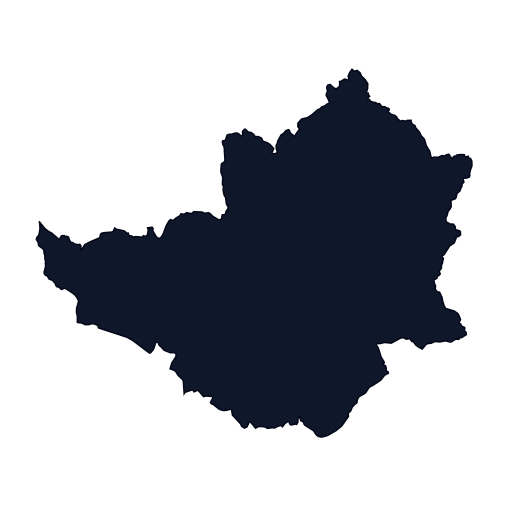 the district of Ba To, Quảng Ngãi, Vietnam, rotated 178°
{"feature_id": "81297802B2421652022296", "entity_name": "Ba To", "entity_type": "district", "adm_level": 2, "iso_a3": "VNM", "parent_name": "Vietnam", "parent_adm1": "Quảng Ngãi", "projection": "robinson", "projection_center": [108.67, 14.715], "detail": "fine", "context": "isolated", "style": "filled", "palette": "ink", "viewbox_px": 512, "rotation_deg": 178, "n_neighbors": 0, "source": "geoboundaries", "source_scale": "gbopen_adm2", "svg_char_len": 6004}
<svg xmlns="http://www.w3.org/2000/svg" viewBox="0 0 512 512"><g transform="rotate(178 256 256)"><path d="M465.9,290.7L471.6,298.2L471.1,296.6L470.9,291.1L471.8,286.2L472.4,284.4L474.2,282.4L475.0,280.4L473.1,276.8L472.9,274.0L468.2,270.1L467.8,268.8L467.7,266.1L467.1,264.3L467.0,260.2L466.4,257.6L466.8,256.3L466.6,252.9L468.3,247.5L468.2,245.7L467.2,244.2L465.3,243.3L463.4,240.0L460.3,238.9L457.6,235.4L456.9,233.2L455.7,232.0L453.6,231.7L452.5,229.9L451.3,229.4L448.1,230.6L441.2,225.8L438.4,223.5L436.6,221.0L434.8,217.3L437.1,210.0L437.4,206.0L436.6,202.0L436.9,196.1L436.2,195.6L432.7,195.2L429.4,193.4L425.7,193.2L422.6,194.1L419.8,193.7L416.7,192.2L415.7,189.5L387.8,179.3L382.3,176.0L365.9,162.7L364.9,162.8L362.5,165.3L361.2,167.4L359.5,172.4L359.0,173.2L358.0,173.6L357.1,173.3L355.7,169.9L354.0,168.5L351.1,165.0L344.9,162.3L341.1,162.2L339.8,161.6L339.3,160.3L339.4,158.5L343.8,152.1L345.8,146.3L341.6,144.5L340.4,143.5L338.0,139.4L333.6,135.0L333.0,133.2L332.6,120.9L331.7,122.2L324.0,124.6L322.7,122.4L319.8,123.6L318.3,123.5L313.3,117.3L310.6,117.8L304.8,117.1L304.2,116.7L304.0,115.7L306.6,111.5L306.2,110.2L303.8,109.0L298.1,104.1L294.3,102.7L291.1,102.8L287.0,103.7L285.8,103.3L285.1,97.8L277.2,88.7L276.4,86.4L273.7,84.4L271.0,85.5L269.1,89.2L267.7,90.9L262.5,83.9L260.3,85.1L258.1,85.5L253.2,85.0L250.5,83.3L246.1,83.8L243.3,83.5L240.7,84.8L237.1,85.8L235.5,84.4L232.9,87.6L229.8,89.5L228.8,89.1L228.1,86.8L227.2,86.0L224.8,86.1L223.3,86.7L221.2,86.3L219.9,88.7L219.7,92.2L218.4,94.2L216.9,89.8L214.5,88.6L213.7,86.0L212.8,85.0L204.5,79.3L202.4,75.7L200.3,73.6L196.8,72.7L191.0,74.0L182.1,78.7L176.3,83.1L169.2,92.4L169.4,95.6L166.8,97.8L165.2,101.4L162.6,104.2L160.4,105.6L159.6,109.3L157.7,112.0L152.6,114.5L150.8,116.0L148.1,120.0L146.5,121.4L144.1,122.4L135.7,127.5L131.6,132.4L127.8,134.2L128.0,135.6L129.9,136.8L129.8,139.5L130.3,141.7L132.9,143.3L131.6,144.8L131.7,145.8L134.4,150.4L137.0,159.8L139.2,163.5L138.6,164.1L134.6,164.2L130.8,165.1L123.8,164.2L113.9,169.1L111.2,169.1L108.8,167.6L105.2,168.0L103.1,165.0L102.0,165.1L99.2,161.2L96.5,159.1L93.1,157.2L89.3,161.5L87.7,162.4L84.0,162.7L80.1,164.3L75.3,163.7L69.4,164.6L65.9,163.4L64.0,163.2L59.4,165.9L56.2,165.6L55.1,167.4L53.4,167.2L48.5,170.1L48.8,172.7L50.5,174.2L49.8,176.2L50.0,177.3L52.9,178.8L53.8,180.8L55.5,182.0L53.8,185.4L55.4,189.9L56.4,191.5L59.6,194.0L68.3,197.0L69.8,200.1L71.1,204.8L71.6,208.6L72.3,209.6L72.8,211.3L73.9,213.4L76.1,214.0L78.0,216.5L77.6,219.9L78.6,222.4L79.1,225.5L78.5,226.3L76.2,227.2L75.1,229.6L73.4,230.5L72.5,231.7L73.5,234.3L71.1,237.4L71.0,240.2L69.8,242.6L69.6,244.6L68.8,246.4L69.1,247.6L70.1,248.5L70.1,249.7L68.0,250.7L62.1,259.3L57.4,262.2L54.7,268.4L52.8,268.4L50.8,270.1L50.9,273.4L52.0,274.3L55.7,275.3L55.9,278.4L57.5,280.9L60.7,281.2L64.4,283.3L64.8,284.3L65.0,287.2L63.5,290.2L62.5,293.8L60.5,296.1L59.2,298.4L59.2,303.7L59.6,304.6L54.7,306.3L53.8,308.0L53.0,311.4L49.9,313.9L48.9,316.6L47.8,318.3L47.6,320.6L45.6,322.7L46.5,325.8L45.1,326.7L43.4,326.4L40.1,327.4L39.5,328.9L39.6,331.0L38.9,333.8L37.0,338.7L37.0,343.3L38.2,346.0L40.1,346.5L40.4,348.3L43.7,347.5L44.2,349.9L47.3,350.3L51.6,350.0L52.7,349.1L54.8,348.7L56.4,346.4L58.5,348.8L59.1,350.3L60.1,351.0L62.6,350.4L63.8,349.1L65.3,349.8L66.8,349.8L70.5,348.3L75.1,348.6L76.8,347.8L77.6,348.7L78.8,355.0L80.3,357.1L80.9,358.8L81.8,359.8L83.7,367.0L86.7,370.4L88.3,374.2L91.9,378.5L92.6,380.8L95.1,382.2L96.2,384.6L96.3,386.2L99.8,386.3L102.5,385.5L103.7,386.1L105.3,386.2L106.7,385.6L110.0,388.4L110.2,389.6L112.3,391.7L115.9,392.8L119.0,395.7L119.0,396.3L117.7,397.4L117.7,398.1L118.5,399.0L120.7,399.7L122.1,400.7L124.9,400.8L127.3,404.1L129.7,403.9L130.9,405.2L132.6,405.3L136.2,406.7L137.1,408.4L138.7,409.0L138.6,410.1L136.9,411.7L137.9,412.8L138.1,414.8L139.4,414.9L139.9,415.6L138.6,419.7L138.3,424.4L140.9,428.6L144.2,432.0L145.7,435.6L148.5,438.0L151.4,437.2L153.5,439.3L156.1,435.9L157.7,432.3L157.1,430.7L157.7,428.7L158.6,428.6L160.4,429.6L161.5,429.7L165.0,427.6L166.4,427.5L166.4,423.6L167.1,422.4L169.2,420.6L170.5,420.5L172.2,421.2L176.0,424.9L178.5,424.2L179.5,421.8L178.8,418.0L180.1,415.5L180.2,414.0L178.0,409.4L177.2,406.3L180.1,405.2L182.0,403.6L185.0,402.8L186.7,401.0L189.2,400.1L195.4,395.1L199.7,392.5L205.7,391.3L209.5,387.3L209.7,383.8L208.0,381.4L211.8,376.6L212.9,374.5L213.3,374.4L217.4,377.7L218.3,380.6L219.0,381.1L221.7,380.3L224.1,377.7L226.8,376.0L230.2,370.3L230.8,367.9L232.1,365.6L231.9,362.0L231.0,359.1L231.2,358.5L232.0,358.0L234.8,357.5L236.3,358.0L236.3,358.9L234.5,362.8L238.3,367.2L241.3,369.1L244.5,370.2L245.4,371.2L246.3,373.6L249.5,375.3L252.5,375.3L254.4,378.0L256.8,379.7L259.4,380.1L262.0,383.0L263.1,383.1L265.1,381.0L265.2,376.9L265.8,376.4L267.0,376.8L269.5,379.1L271.9,379.7L276.2,378.6L279.3,378.5L280.8,377.7L282.2,373.5L283.0,372.7L285.2,372.2L285.6,371.8L285.4,369.1L284.0,365.8L283.7,352.6L284.2,351.4L287.4,349.2L288.1,343.1L288.1,340.8L286.5,335.7L287.1,328.8L285.9,325.9L286.6,324.1L286.4,321.5L285.6,317.5L284.3,315.4L283.8,309.2L281.9,305.1L284.4,301.6L285.3,298.5L288.3,298.3L288.8,296.9L288.8,295.2L290.6,293.2L292.7,293.9L297.8,297.2L300.3,299.9L301.9,300.9L305.9,300.5L308.3,301.8L316.6,302.5L318.9,300.6L324.0,301.7L326.2,300.2L329.5,300.8L330.7,298.8L334.4,296.9L337.3,294.6L338.2,294.4L340.0,295.4L341.6,294.3L344.6,289.5L348.3,280.6L350.5,277.8L352.1,276.9L353.7,277.5L355.1,279.0L358.1,284.5L358.3,285.7L357.8,286.8L358.8,288.4L363.4,287.9L362.7,285.3L363.2,284.0L363.4,282.0L364.7,279.7L366.1,279.6L367.8,280.2L368.8,279.0L369.8,278.9L375.6,279.6L378.2,279.2L379.5,280.4L382.1,280.7L383.0,283.4L383.9,283.1L386.8,285.7L394.7,287.7L396.3,288.9L397.8,285.7L398.9,285.0L407.4,284.6L409.9,284.0L410.9,282.5L411.4,279.8L420.9,276.1L426.6,273.4L430.4,268.0L430.8,269.1L430.6,272.4L431.7,273.8L433.3,273.5L437.2,274.4L438.5,275.8L440.5,276.1L441.8,278.3L442.7,281.4L444.5,282.4L445.8,281.8L447.0,283.2L449.8,282.9L451.8,279.6L452.6,279.7L459.3,286.0L462.3,287.7L465.9,290.7Z" fill="#0f172a" stroke="#020617" stroke-width="1.5"/></g></svg>